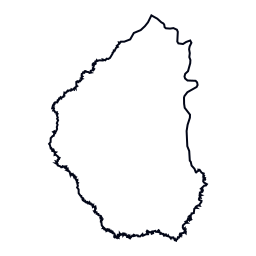 outline of Huai Phueng, Kalasin, Thailand
{"feature_id": "78962969B68960900903795", "entity_name": "Huai Phueng", "entity_type": "district", "adm_level": 2, "iso_a3": "THA", "parent_name": "Thailand", "parent_adm1": "Kalasin", "projection": "orthographic", "projection_center": [103.862, 16.683], "detail": "fine", "context": "isolated", "style": "outline", "palette": "ink", "viewbox_px": 256, "rotation_deg": 0, "n_neighbors": 0, "source": "geoboundaries", "source_scale": "gbopen_adm2", "svg_char_len": 5779}
<svg xmlns="http://www.w3.org/2000/svg" viewBox="0 0 256 256"><path d="M190.2,40.5L186.1,42.0L183.0,44.0L178.4,43.4L177.3,41.6L177.8,31.8L176.9,29.7L173.4,28.1L170.1,28.6L165.9,28.3L164.6,27.2L164.2,24.6L163.3,23.4L161.4,22.4L157.3,18.7L151.4,15.4L148.0,22.3L144.9,26.2L140.7,30.1L133.8,33.0L130.2,39.4L124.2,41.7L120.8,41.7L120.2,42.6L118.9,42.4L119.3,43.7L116.8,45.9L117.8,46.9L116.0,47.9L114.7,50.7L113.8,50.5L113.7,51.8L112.6,52.7L112.7,53.4L110.0,57.9L108.2,59.0L106.6,58.7L105.3,60.3L103.1,59.6L103.4,60.2L103.0,60.5L99.2,60.3L97.3,61.0L96.7,60.2L96.0,61.5L95.3,61.6L95.7,63.7L95.1,64.1L95.1,63.4L93.5,63.2L92.7,64.1L92.7,64.9L93.4,64.6L93.8,65.8L93.0,68.3L94.2,69.0L93.5,70.1L92.9,69.5L92.9,70.1L90.7,70.8L90.4,72.3L91.0,72.6L89.5,72.9L88.2,72.0L86.1,71.8L85.7,71.1L84.7,71.2L84.3,72.7L83.2,72.3L82.7,73.5L81.8,73.9L81.6,75.5L82.5,76.4L81.7,76.8L81.8,77.8L81.2,78.1L82.2,78.7L81.3,79.0L81.4,79.7L80.1,81.1L79.7,80.6L78.8,81.6L78.2,81.4L78.2,82.0L76.9,81.5L76.3,81.9L76.4,85.5L77.2,86.1L75.5,87.2L75.6,88.3L75.0,87.6L73.8,88.6L73.9,89.5L73.3,89.2L72.1,89.9L71.3,89.3L70.7,90.7L69.2,90.3L68.1,91.1L67.6,90.7L66.2,92.6L64.5,92.6L64.8,93.4L64.0,94.2L64.4,95.7L63.6,96.0L63.6,96.7L61.6,97.4L61.4,98.2L60.5,97.3L59.6,99.0L59.1,98.6L58.0,101.0L57.6,100.7L57.2,102.4L55.2,102.3L54.1,103.3L54.6,103.9L53.9,105.0L53.2,105.0L52.9,105.6L52.3,108.0L53.4,107.7L53.1,108.3L53.9,108.6L53.2,110.5L54.2,110.6L55.3,112.4L56.9,112.3L56.6,113.8L57.5,113.9L57.0,115.6L57.8,117.7L57.1,118.8L58.1,120.2L56.8,123.2L57.6,124.7L56.8,127.1L57.1,129.0L55.7,131.9L54.7,132.2L54.3,131.3L53.2,131.9L54.9,133.4L54.1,134.1L53.7,135.8L52.6,136.1L50.7,138.2L50.6,142.1L49.1,143.9L49.9,144.9L50.7,148.3L51.3,148.1L51.9,149.6L52.6,149.4L52.4,151.0L53.3,151.1L53.8,150.5L54.3,152.0L55.9,152.3L54.8,153.2L54.6,154.9L55.5,154.6L58.0,156.6L58.2,157.5L59.5,157.8L59.0,159.1L57.7,159.7L57.9,160.9L57.3,161.7L56.1,161.4L57.2,163.3L55.8,163.3L57.3,164.2L57.7,165.4L60.6,166.5L61.2,167.3L62.1,167.2L62.7,166.2L64.6,167.0L64.6,166.5L65.6,166.4L64.7,167.6L65.5,168.2L66.3,167.5L66.4,168.4L67.6,168.5L67.3,169.3L67.9,169.9L66.8,170.3L69.6,171.7L70.3,174.3L70.5,173.5L71.3,173.7L71.9,174.9L72.8,174.1L73.7,176.2L73.9,175.3L74.4,175.4L74.6,176.3L73.6,177.0L74.5,176.9L74.0,177.9L75.0,176.9L75.9,177.2L75.3,177.9L75.6,178.8L76.5,179.7L76.0,179.7L76.4,180.4L77.2,180.1L76.8,182.0L78.0,182.9L77.3,183.6L77.9,185.9L77.1,187.5L78.6,189.4L78.7,193.3L80.5,195.8L81.3,196.0L81.5,197.5L83.2,198.3L83.6,199.3L82.6,199.7L82.8,200.2L85.1,201.7L85.4,201.2L86.3,202.5L87.0,202.1L87.8,203.1L88.1,202.4L89.2,203.4L89.6,202.6L90.1,203.8L90.9,203.6L91.2,204.5L92.0,204.4L92.7,206.6L93.2,205.9L93.2,206.7L93.7,206.4L94.5,207.2L95.4,206.6L95.8,208.6L95.6,209.0L95.1,208.6L95.0,210.6L94.3,211.0L94.8,211.4L94.2,211.4L94.8,212.4L96.1,211.5L95.7,212.0L96.6,212.3L96.6,213.8L98.3,214.0L98.4,215.1L100.9,216.0L101.2,216.7L100.6,217.4L101.5,217.8L100.8,218.6L102.5,219.2L101.8,220.5L100.9,220.7L100.8,221.8L101.4,222.3L101.8,225.5L103.4,227.3L102.9,228.1L104.2,228.1L104.2,229.3L105.3,229.5L105.7,230.3L106.9,230.0L106.8,230.8L107.5,230.4L107.1,229.7L108.3,230.1L108.1,229.3L109.1,229.5L108.9,230.7L110.3,230.6L110.0,231.6L111.3,232.2L111.3,231.2L111.9,231.3L111.9,232.5L112.5,232.9L112.9,232.4L113.3,233.4L114.3,233.5L114.9,235.1L114.4,235.8L115.3,236.2L114.4,237.1L114.7,237.4L115.6,237.1L116.9,237.9L117.3,236.4L117.8,237.6L118.4,237.8L117.7,235.6L118.2,234.9L119.0,235.5L119.0,234.8L119.8,234.7L119.8,233.6L120.6,234.8L121.2,234.2L121.9,234.7L122.6,234.3L123.3,234.6L123.3,235.2L123.8,234.6L122.9,234.0L123.1,233.4L124.6,233.6L124.6,234.3L125.7,234.4L125.5,235.2L127.2,235.7L127.1,237.0L128.9,237.2L128.6,236.5L129.2,236.0L129.1,237.7L130.0,238.3L130.6,237.1L130.2,236.4L131.2,237.0L132.2,235.7L132.9,236.0L133.5,235.0L133.0,234.4L134.3,235.0L134.4,235.9L136.7,235.3L137.9,235.5L138.1,236.3L140.2,236.4L142.5,234.1L143.0,235.7L145.9,234.3L148.0,234.2L147.7,232.6L147.0,232.4L146.7,231.5L147.2,230.7L150.0,232.5L151.6,231.7L151.8,233.7L153.1,233.2L153.0,232.1L152.2,232.1L152.2,231.7L155.4,230.9L155.9,231.8L157.1,231.9L158.6,230.2L159.1,230.6L158.6,232.1L160.3,232.5L160.4,233.9L161.1,233.8L161.2,233.2L163.1,234.3L164.1,233.5L163.5,234.7L164.0,235.7L164.7,235.5L164.6,234.7L165.9,234.4L166.4,235.8L167.4,236.1L168.0,235.5L168.2,236.3L169.5,236.7L170.9,238.5L171.4,237.5L173.3,237.4L173.5,238.5L174.8,238.6L174.8,240.2L176.0,240.6L176.0,239.6L177.3,239.3L177.9,237.3L178.9,237.6L179.6,236.1L180.5,236.2L179.7,234.8L180.0,233.9L181.3,234.6L181.1,233.4L183.7,232.9L184.4,231.8L185.7,233.1L185.8,231.5L185.2,230.9L185.6,229.3L184.4,229.3L184.6,228.3L183.5,229.0L182.8,227.6L182.9,225.4L185.6,222.9L187.4,222.8L185.8,221.6L187.2,221.0L188.0,218.8L189.3,220.2L189.6,219.1L190.6,219.8L191.2,219.5L188.8,216.5L189.9,215.7L190.7,216.4L190.6,215.4L191.5,214.4L191.6,213.4L193.8,213.1L194.3,208.8L195.6,207.8L196.8,207.9L195.7,207.0L196.1,206.5L197.9,205.5L199.6,205.7L199.1,205.0L201.4,201.9L201.5,200.8L199.3,200.0L198.9,199.1L199.4,197.7L200.6,197.8L199.7,195.9L201.3,195.3L199.7,194.8L199.7,194.0L200.4,193.7L200.0,192.5L201.7,191.9L201.6,190.5L202.5,191.4L202.9,190.5L202.5,189.1L201.1,188.6L204.3,185.6L205.9,185.5L206.9,184.2L204.1,182.6L203.2,181.4L203.4,179.3L205.7,180.0L204.4,178.8L205.0,178.0L203.2,176.9L204.1,175.6L203.2,174.9L203.7,173.5L201.6,172.7L199.6,169.8L198.5,169.7L198.8,170.7L197.2,171.3L196.4,172.4L195.8,172.3L194.5,168.8L191.6,165.6L190.7,161.7L189.8,160.7L189.2,151.0L187.3,146.2L186.6,131.0L187.6,124.8L189.9,117.7L190.0,114.7L184.7,107.8L184.1,103.8L184.0,97.6L184.5,96.0L187.4,92.2L196.6,87.0L197.6,85.0L197.1,82.4L195.6,80.8L187.5,80.5L185.1,78.5L184.5,76.5L185.2,73.8L188.0,71.2L190.2,63.3L190.4,60.0L189.3,57.1L189.8,53.2L189.1,49.3L189.6,46.5L191.4,42.8L190.2,40.5Z" fill="none" stroke="#020617" stroke-width="2"/></svg>